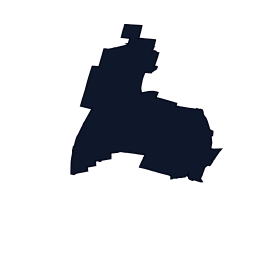 the district of George Enescu, Botosani, Romania, rotated 325°
{"feature_id": "2599482B98474563390091", "entity_name": "George Enescu", "entity_type": "district", "adm_level": 2, "iso_a3": "ROU", "parent_name": "Romania", "parent_adm1": "Botosani", "projection": "natural_earth1", "projection_center": [26.526, 48.025], "detail": "fine", "context": "isolated", "style": "filled", "palette": "ink", "viewbox_px": 256, "rotation_deg": 325, "n_neighbors": 0, "source": "geoboundaries", "source_scale": "gbopen_adm2", "svg_char_len": 5596}
<svg xmlns="http://www.w3.org/2000/svg" viewBox="0 0 256 256"><g transform="rotate(325 128 128)"><path d="M192.3,198.8L191.5,198.3L191.1,198.0L190.5,197.6L190.2,197.5L189.3,196.9L189.0,196.7L188.8,196.6L188.3,196.3L188.0,195.9L187.7,195.7L187.5,195.8L186.2,195.0L185.6,194.3L185.1,193.9L184.9,193.6L184.5,193.2L184.2,192.9L184.0,192.6L183.6,192.3L184.5,191.5L185.4,190.6L186.9,189.1L187.8,188.3L191.4,182.0L192.8,182.6L195.0,180.0L195.5,179.4L194.2,177.0L193.8,176.0L194.2,175.2L194.8,173.4L196.4,168.5L196.6,167.8L197.3,164.7L197.3,163.7L197.2,163.5L197.2,162.6L197.2,162.0L197.1,160.9L197.7,159.4L198.4,158.1L198.6,157.6L199.1,155.9L198.9,155.8L198.8,155.5L198.4,154.8L198.3,154.6L198.0,154.4L196.8,153.7L196.6,153.5L196.5,153.4L196.4,153.0L195.6,152.2L195.4,151.9L195.4,151.7L195.1,151.6L194.9,151.7L194.7,151.9L194.3,151.8L194.0,151.5L192.8,150.3L190.3,148.1L189.7,147.5L188.3,146.2L187.7,145.6L185.7,143.6L183.6,141.6L181.8,139.8L181.0,138.8L180.1,138.1L179.8,137.7L179.5,137.5L179.9,137.3L180.3,137.0L180.8,136.6L181.8,135.7L180.7,134.5L179.3,132.6L175.4,127.8L174.8,127.0L174.0,126.1L173.7,125.7L172.8,124.6L172.3,123.9L170.8,122.2L168.2,119.0L170.6,117.5L172.8,116.1L171.3,114.3L171.0,114.0L169.6,112.6L169.2,112.4L167.1,111.0L165.6,110.1L164.9,109.8L161.5,108.2L158.9,107.1L160.4,104.0L160.5,103.5L161.2,102.6L161.8,101.8L162.5,101.0L165.6,98.1L167.1,96.6L168.8,95.2L173.7,91.9L176.2,93.9L176.9,94.5L178.2,95.5L178.6,96.0L179.3,95.8L180.0,95.6L184.8,95.8L185.2,95.7L186.3,95.1L186.9,94.6L187.0,94.4L186.6,94.0L185.8,93.4L184.8,92.4L190.1,88.6L193.1,86.4L195.0,84.8L196.1,84.0L195.0,83.0L194.8,82.6L194.7,82.2L194.8,81.8L194.8,81.5L194.7,81.1L194.5,80.9L194.0,80.1L193.7,79.9L192.5,79.3L192.0,78.8L192.6,78.3L195.1,76.7L195.3,76.5L195.4,76.3L195.5,76.3L195.4,76.2L195.5,76.1L197.6,74.5L200.5,72.0L200.7,71.9L200.9,71.6L196.5,67.8L192.8,64.8L191.1,63.2L190.7,62.8L189.4,61.9L188.0,60.7L189.1,59.8L189.7,59.4L190.3,58.8L190.6,58.5L194.2,55.5L194.9,54.8L195.6,54.2L197.9,52.1L192.7,48.0L189.4,45.4L187.0,43.4L186.2,42.8L184.7,41.6L184.2,42.0L182.9,43.2L181.9,44.0L181.2,44.4L174.7,49.9L181.2,55.6L178.8,57.5L176.9,59.0L176.3,58.9L175.6,58.6L175.8,58.9L176.1,59.2L176.2,59.3L175.7,59.4L175.3,59.6L174.9,59.6L174.6,59.6L173.4,59.1L171.5,58.5L168.1,57.1L164.6,55.8L163.5,55.4L163.5,55.2L163.4,55.0L163.2,54.9L162.7,54.9L162.0,54.5L161.7,54.3L161.1,54.3L160.9,54.2L160.6,54.1L159.2,53.4L158.6,53.1L158.2,52.9L157.9,52.9L157.7,52.9L157.1,52.5L156.9,52.4L156.1,51.6L155.4,50.9L153.7,49.6L152.5,50.6L149.0,53.5L144.0,57.5L142.1,59.1L139.2,61.3L136.2,58.7L134.1,57.1L132.0,58.8L129.7,60.5L128.5,61.5L125.7,63.6L121.6,66.9L116.4,71.3L116.5,71.4L112.0,74.8L109.8,76.6L108.6,77.4L105.6,79.8L103.1,81.9L101.9,82.8L107.7,89.4L108.6,90.4L109.5,91.3L109.6,91.6L106.6,93.2L103.5,94.7L98.1,97.3L95.7,98.5L95.5,98.4L95.4,98.4L93.2,99.6L93.0,99.9L93.0,100.0L90.9,101.0L89.7,101.6L88.6,102.3L88.2,102.5L87.9,102.6L85.1,104.3L82.6,105.5L80.9,106.3L79.0,107.7L75.5,110.6L75.2,111.0L74.2,111.7L73.8,112.1L73.6,112.1L73.2,112.0L72.9,112.1L72.7,112.1L71.1,113.6L70.2,114.4L69.7,114.9L69.4,115.4L68.9,116.2L68.9,116.4L65.3,119.9L62.1,123.4L55.1,132.9L56.7,134.6L57.1,135.0L59.7,135.2L60.0,135.3L61.9,136.1L62.4,136.3L68.2,139.0L69.6,139.5L70.2,139.9L71.8,137.2L72.2,136.4L76.4,138.4L79.9,140.0L80.4,139.1L80.7,138.8L81.2,138.0L82.3,136.2L82.9,136.5L84.0,137.1L85.9,138.0L85.4,138.8L86.8,139.5L87.3,138.7L88.4,139.3L89.9,140.0L90.7,140.4L93.5,141.7L94.7,142.3L95.5,142.7L96.3,143.1L96.7,142.6L97.5,141.5L98.0,140.7L99.6,138.5L100.1,138.7L100.7,139.1L101.4,139.4L101.6,139.5L102.0,139.9L102.5,140.1L104.0,140.9L105.0,141.5L106.6,142.2L106.9,142.3L107.6,142.1L107.8,142.2L107.9,142.3L108.5,142.8L111.9,146.0L113.5,147.3L114.2,147.8L114.3,147.8L114.8,148.5L117.4,150.8L120.7,153.9L120.8,154.1L121.3,154.6L121.7,154.9L122.6,155.8L122.8,156.0L126.1,159.0L127.0,159.9L126.9,160.0L126.3,160.3L125.4,160.7L124.7,161.2L124.4,161.3L124.2,161.4L123.9,161.3L123.7,161.4L123.5,161.6L123.4,161.7L123.3,161.9L122.9,162.2L121.8,162.8L121.1,163.1L119.4,164.1L116.7,165.7L116.0,166.1L115.2,166.7L116.0,167.5L118.7,170.5L120.0,172.1L121.7,174.1L122.1,174.7L123.6,176.6L125.8,179.1L127.5,181.4L128.5,182.6L130.2,184.6L133.5,188.4L135.0,190.1L135.2,191.0L135.6,191.6L135.8,191.8L135.9,192.0L135.6,193.1L135.1,192.9L134.1,194.2L134.7,194.5L134.9,194.6L135.0,194.7L135.5,194.7L136.5,194.9L136.8,195.1L137.4,195.6L138.8,196.3L138.8,196.5L139.0,196.7L139.3,196.8L139.4,197.0L139.6,197.0L139.9,196.8L140.2,196.7L140.7,197.2L143.2,198.8L143.9,199.3L144.3,199.3L144.8,199.5L145.1,199.5L145.5,199.9L146.3,200.4L147.0,200.6L147.4,200.1L147.7,200.1L147.9,200.2L147.9,200.3L148.0,200.4L148.5,200.6L149.6,200.9L150.2,200.4L150.7,200.2L150.0,201.1L149.9,201.2L149.9,201.3L149.7,201.5L149.5,201.9L149.5,202.1L149.6,202.7L149.5,203.0L149.4,203.2L149.3,203.5L149.1,204.1L149.0,204.3L149.1,204.7L149.2,205.1L149.4,205.4L149.9,206.2L150.3,206.9L150.8,207.6L150.9,207.8L151.1,207.8L151.8,207.5L152.0,207.9L153.2,209.0L153.7,209.6L154.3,210.5L156.5,213.3L156.8,213.6L157.2,214.0L157.7,214.2L158.0,214.4L158.1,213.9L158.0,212.6L158.0,212.0L158.0,211.6L158.2,211.3L158.5,210.7L160.2,209.6L160.9,209.3L161.9,208.8L162.3,208.4L162.4,208.2L162.7,207.9L163.0,207.8L164.8,206.6L165.5,206.1L168.1,204.2L169.4,204.1L170.4,203.9L172.0,204.1L172.3,204.2L172.6,204.4L173.5,205.6L176.1,204.7L176.3,204.5L176.6,204.4L177.2,204.3L177.5,204.2L178.0,203.9L178.4,203.7L178.6,203.5L178.7,203.4L178.2,202.6L179.7,202.5L179.9,203.0L181.3,202.5L183.7,201.5L184.9,201.1L188.0,200.0L189.1,199.5L190.4,199.3L192.3,198.8Z" fill="#0f172a" stroke="#020617" stroke-width="1.5"/></g></svg>